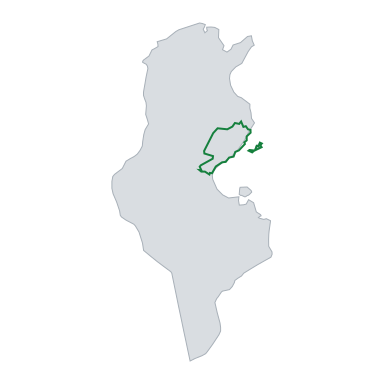 where Sfax sits in Tunisia
{"feature_id": "TUN-114", "entity_name": "Sfax", "entity_type": "Governorate", "adm_level": 1, "iso_a3": "TUN", "parent_name": "Tunisia", "parent_adm1": "", "projection": "albers", "projection_center": [10.434, 34.714], "detail": "coarse", "context": "in_parent", "style": "outline", "palette": "green", "viewbox_px": 384, "rotation_deg": 0, "n_neighbors": 0, "source": "natural_earth", "source_scale": "10m", "svg_char_len": 2971}
<svg xmlns="http://www.w3.org/2000/svg" viewBox="0 0 384 384"><path d="M270.5,220.7L270.4,221.9L269.1,231.0L268.8,234.2L268.6,239.7L268.7,246.3L272.0,251.9L272.1,254.3L270.9,257.2L265.0,260.5L257.4,264.8L250.8,268.8L243.7,273.2L241.5,276.0L237.9,278.2L234.9,280.4L234.4,282.5L232.3,286.5L229.5,289.6L222.6,291.1L221.4,292.0L218.2,296.8L216.7,298.6L214.9,302.5L217.2,312.6L220.0,323.0L220.6,327.4L220.6,331.0L218.9,334.8L215.2,340.4L212.5,344.5L207.2,351.8L205.7,353.6L202.0,355.7L195.0,358.5L190.1,361.0L187.7,349.7L185.7,340.2L184.0,332.3L181.1,318.3L178.6,306.5L176.2,294.7L174.0,284.0L171.8,273.2L170.8,271.7L163.8,266.5L157.4,261.7L150.7,256.3L143.6,250.4L142.5,243.1L139.0,232.0L135.3,225.8L133.8,224.2L126.0,220.1L121.5,217.0L120.3,215.3L119.6,210.8L116.6,201.9L113.1,193.8L111.9,188.3L111.9,181.4L112.8,176.5L114.5,174.4L122.3,168.5L126.0,161.2L130.4,158.5L134.2,156.5L137.3,154.1L140.1,150.3L142.3,146.1L142.7,141.6L143.8,134.5L145.2,129.5L148.6,123.9L147.3,119.3L145.7,114.4L146.4,105.9L146.0,102.4L144.8,99.3L143.5,95.4L143.5,92.1L145.0,83.6L146.1,77.0L147.9,68.5L147.4,66.1L146.3,64.3L142.7,62.4L142.7,61.2L143.6,60.0L149.0,56.0L152.0,49.9L154.4,48.7L158.0,46.6L157.9,44.2L157.2,41.7L166.6,38.9L175.7,31.6L178.8,29.8L199.6,23.0L202.3,23.5L205.3,24.6L204.4,27.1L203.2,29.2L204.9,32.8L207.4,30.6L206.8,29.1L206.7,27.2L210.9,27.0L214.7,27.4L218.8,29.5L218.5,37.7L224.0,45.7L222.5,49.7L227.0,52.1L231.0,49.2L233.1,45.0L240.5,42.6L247.5,36.5L251.4,35.8L252.3,40.8L254.2,45.2L251.5,46.8L248.2,51.5L241.8,63.4L235.8,66.9L231.3,71.5L229.9,74.7L229.5,78.5L230.6,85.3L233.9,92.2L237.7,96.4L241.3,97.7L249.9,104.2L249.8,108.1L251.0,112.8L251.5,118.4L254.5,122.9L248.2,132.8L244.7,139.9L237.9,149.7L231.8,156.1L218.7,165.5L215.4,168.6L213.3,171.9L212.3,175.3L212.7,179.3L217.0,189.1L222.7,194.9L228.6,198.0L238.9,196.8L238.5,200.5L239.3,205.1L243.5,204.8L246.2,204.1L248.6,199.7L253.6,202.7L256.3,211.9L260.6,214.7L261.1,215.8L259.6,216.5L258.4,217.6L259.7,218.3L263.8,219.4L266.3,218.7L270.5,220.7ZM248.5,195.2L247.5,195.4L245.6,196.7L244.6,196.8L241.7,195.4L240.6,195.4L239.2,194.4L239.7,188.8L240.1,187.3L247.1,187.0L250.9,190.3L251.5,191.2L251.7,192.1L249.9,194.0L248.5,195.2ZM260.8,146.0L254.8,149.5L255.9,146.5L259.9,142.8L260.9,143.7L260.8,146.0Z" fill="#d9dde1" stroke="#a8b0b8" stroke-width="1"/><path d="M250.5,129.9L250.6,132.7L246.7,136.4L246.7,140.4L244.3,142.4L244.9,144.0L238.9,150.4L235.3,151.9L233.6,156.6L229.1,157.6L225.7,161.9L222.1,162.3L215.8,166.5L212.0,173.2L209.9,172.9L209.4,174.5L204.9,171.6L201.3,171.6L199.5,170.1L201.4,170.3L199.7,166.7L200.8,165.3L212.7,158.7L213.0,156.1L204.4,153.5L204.1,151.0L213.2,133.1L217.6,128.3L227.3,129.3L232.4,126.6L234.9,123.0L239.2,123.9L241.1,121.5L243.4,126.9L245.8,126.2L248.0,129.3L250.5,129.9ZM260.3,145.1L261.6,147.2L255.1,150.3L256.7,145.8L258.6,146.3L259.9,142.6L261.8,143.5L260.3,145.1ZM248.6,150.7L249.5,150.0L254.3,150.5L252.2,152.4L248.6,150.7Z" fill="none" stroke="#15803d" stroke-width="2"/></svg>